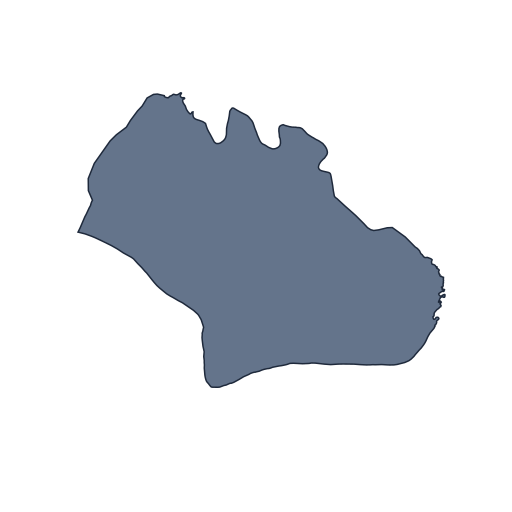 Xonbuly, Savannakhét, Laos, rotated 220°
{"feature_id": "54806243B48815004999342", "entity_name": "Xonbuly", "entity_type": "district", "adm_level": 2, "iso_a3": "LAO", "parent_name": "Laos", "parent_adm1": "Savannakhét", "projection": "albers", "projection_center": [105.481, 16.402], "detail": "fine", "context": "isolated", "style": "filled", "palette": "slate", "viewbox_px": 512, "rotation_deg": 220, "n_neighbors": 0, "source": "geoboundaries", "source_scale": "gbopen_adm2", "svg_char_len": 5963}
<svg xmlns="http://www.w3.org/2000/svg" viewBox="0 0 512 512"><g transform="rotate(220 256 256)"><path d="M74.2,318.7L74.5,320.3L74.7,320.8L74.9,321.2L75.8,322.2L75.9,322.8L75.5,324.4L75.5,325.2L75.6,325.5L75.9,325.8L76.5,326.0L77.2,326.0L77.8,325.6L78.1,325.3L78.5,324.7L78.4,322.7L78.6,322.2L78.8,322.0L79.3,321.8L79.9,322.0L81.3,323.0L81.2,324.5L81.4,324.9L82.6,326.5L82.9,327.3L83.0,328.5L82.9,331.5L82.3,333.2L82.4,334.6L82.2,335.3L81.9,335.9L82.1,336.4L82.3,336.8L82.5,337.1L83.0,337.1L83.4,337.3L83.7,337.4L83.8,337.8L84.1,337.7L84.3,337.7L84.5,339.1L84.4,339.7L84.6,339.8L85.6,340.0L85.7,339.7L85.5,339.2L85.9,338.9L86.1,338.1L86.5,338.0L86.9,338.6L87.1,339.4L87.1,340.0L87.6,340.9L87.7,341.9L88.0,342.4L87.6,343.7L87.5,344.0L86.8,344.6L85.5,345.1L85.1,345.6L85.2,346.1L85.7,347.1L86.2,347.3L86.4,347.8L86.7,347.8L87.1,347.5L87.4,346.9L87.7,346.5L87.7,346.0L88.0,345.5L88.1,344.7L88.4,344.2L89.0,343.8L90.1,343.7L90.5,343.8L91.5,344.2L91.7,344.4L91.7,344.7L91.7,345.2L91.0,347.7L90.9,348.4L90.7,348.6L89.9,349.0L89.4,349.7L89.4,350.0L89.5,350.2L90.3,349.9L90.4,350.0L89.8,350.9L89.8,351.3L90.0,351.4L90.3,350.9L90.6,351.1L91.1,350.9L91.4,350.2L91.7,350.1L91.9,350.1L92.2,350.4L92.5,351.2L93.0,351.0L93.3,351.1L93.8,351.2L93.9,351.4L93.4,351.8L93.3,352.1L93.4,352.4L93.3,352.9L93.4,353.4L93.6,353.7L94.0,354.0L94.2,354.3L94.9,355.1L95.1,355.9L95.4,356.0L95.6,356.4L96.0,356.7L96.5,357.7L97.0,358.1L97.1,358.3L97.7,358.7L98.2,359.7L98.7,360.2L99.6,359.7L101.1,359.6L101.4,359.4L101.3,359.1L101.6,359.0L102.6,359.2L103.1,359.6L103.1,359.9L103.4,360.0L103.8,360.1L104.4,360.0L104.7,360.5L105.8,361.1L106.1,361.4L106.3,361.8L106.3,362.2L106.5,362.8L106.9,363.1L108.7,363.1L109.2,362.8L109.5,362.8L109.9,363.1L110.0,363.8L110.2,364.0L110.5,364.0L110.9,363.8L111.1,363.5L111.3,363.5L112.5,363.9L113.4,363.9L114.8,363.5L115.3,363.1L115.7,363.0L116.0,363.0L116.9,363.5L117.7,364.2L118.0,364.6L118.3,365.6L118.8,366.4L120.3,366.3L121.2,366.0L123.8,365.1L125.3,363.6L125.8,363.3L126.3,363.2L128.5,363.5L129.5,363.8L131.3,363.8L134.1,365.1L137.2,365.5L139.8,365.2L153.9,366.5L169.9,365.4L173.6,362.0L178.9,354.8L182.2,351.2L185.0,349.9L188.8,349.4L194.1,350.1L205.7,351.1L220.5,351.5L230.9,352.0L231.7,351.9L233.1,351.9L234.2,352.1L235.3,352.9L238.8,355.8L242.5,359.2L249.5,365.1L251.1,366.3L252.0,366.8L252.6,366.9L253.6,366.8L254.6,366.4L259.1,364.1L260.9,363.3L262.5,363.0L264.1,363.3L265.0,363.9L265.8,365.0L266.2,365.9L266.7,367.4L267.0,370.1L266.8,373.4L266.5,374.7L266.5,375.5L266.8,378.9L267.2,380.1L267.9,381.3L268.8,382.1L270.2,383.1L271.9,383.9L273.7,384.5L277.2,385.1L282.0,384.6L285.2,383.8L288.0,383.4L289.3,383.1L293.6,382.5L295.0,382.4L296.3,382.5L298.3,382.8L302.3,383.2L304.2,382.8L305.5,382.1L306.6,381.2L308.3,380.2L311.1,378.0L313.5,376.6L317.6,374.7L319.5,374.1L319.9,373.6L320.7,372.3L321.2,370.4L320.4,368.4L318.7,366.3L316.3,364.1L314.5,362.2L312.9,361.4L311.5,360.1L309.7,358.1L308.7,356.0L308.7,354.4L309.0,353.1L309.9,351.2L310.5,350.3L311.8,349.0L312.6,348.5L316.2,347.3L320.3,346.8L322.9,346.1L324.0,346.0L325.4,346.2L327.5,346.9L332.7,349.5L334.6,350.7L339.4,353.3L340.6,354.1L343.9,356.1L345.4,356.7L346.3,357.0L347.7,357.2L350.9,357.8L352.6,357.9L354.5,357.6L360.4,356.2L364.1,355.5L368.1,354.9L369.0,354.4L369.5,353.5L369.3,352.0L369.4,351.3L369.1,350.0L366.5,346.0L364.2,341.9L363.9,341.2L362.9,339.0L360.6,334.9L356.8,330.1L356.0,328.6L355.3,326.9L355.0,325.2L355.1,323.1L355.8,320.1L356.4,318.9L357.0,318.1L358.1,317.1L358.9,316.6L359.7,316.5L361.3,316.5L369.2,319.7L372.2,320.8L374.7,321.9L376.8,323.1L379.9,325.1L381.8,324.9L383.2,324.7L386.8,323.4L388.4,322.7L390.0,322.1L391.2,321.9L392.2,321.9L393.5,322.3L395.2,323.7L396.1,324.9L396.9,325.9L397.4,325.3L397.5,324.9L397.3,323.2L397.6,322.7L398.0,322.5L398.8,322.5L401.0,322.8L401.9,323.1L403.5,323.6L406.5,325.4L409.8,326.4L410.5,326.7L411.7,327.5L412.0,327.8L412.5,328.6L412.6,329.2L412.5,329.5L412.0,330.1L411.9,330.6L412.1,331.0L412.5,331.1L412.9,331.0L414.7,329.5L415.6,329.5L416.4,329.7L417.0,330.1L417.3,330.6L417.7,332.7L417.9,332.9L418.5,332.7L418.9,331.9L419.4,330.0L419.8,329.2L420.5,328.3L421.1,327.8L422.0,327.5L423.2,326.8L423.4,326.3L423.8,324.6L424.7,323.0L424.9,320.9L425.5,320.4L426.7,319.7L427.8,319.4L428.5,319.3L428.9,319.4L429.3,319.9L435.6,316.7L438.4,313.9L441.0,307.1L439.6,297.7L440.0,290.9L439.3,279.0L438.1,271.4L440.9,259.1L441.7,250.4L439.4,223.0L434.3,207.5L426.4,198.3L417.1,193.6L416.9,192.5L416.3,190.6L415.2,188.2L414.7,185.6L412.9,178.9L412.3,176.0L408.9,164.8L408.1,161.6L407.7,159.9L401.1,163.1L394.5,165.5L391.0,166.6L383.4,168.6L373.7,171.0L366.7,172.3L359.6,173.1L350.6,174.9L348.0,175.1L341.7,174.2L336.1,173.7L331.2,172.9L328.8,172.7L320.7,171.0L317.0,170.3L313.0,169.7L309.1,169.5L300.1,169.6L296.0,170.2L293.2,170.8L286.7,171.9L282.3,172.9L268.9,174.2L263.4,174.0L261.8,173.7L257.1,172.0L251.5,168.5L250.3,167.7L249.3,165.7L248.4,164.2L248.0,163.1L247.6,162.2L246.8,161.4L244.9,158.8L243.0,156.9L238.5,152.7L234.2,149.4L231.4,145.4L228.5,142.7L227.1,141.0L225.5,139.4L223.6,136.9L218.7,132.0L217.2,130.7L215.6,129.5L213.8,128.4L212.2,127.9L210.5,127.7L207.9,127.1L206.1,126.9L204.9,127.6L202.5,129.6L201.0,130.8L199.5,132.3L197.4,136.1L195.9,138.0L195.1,139.7L194.1,141.7L193.0,142.8L191.8,145.0L189.6,150.6L187.9,155.6L185.4,160.6L184.7,162.6L183.5,164.6L182.6,165.9L181.9,166.5L181.1,167.7L179.5,169.8L178.3,172.2L177.0,174.3L175.0,176.9L173.7,178.2L172.7,179.7L171.8,181.4L171.0,182.4L167.8,186.4L165.9,188.5L163.2,191.9L162.2,193.4L161.0,195.5L158.4,197.9L151.1,203.4L146.4,207.7L144.7,209.7L141.7,212.1L134.3,217.0L129.0,220.8L123.7,225.9L119.8,229.3L111.5,236.1L106.2,239.9L101.6,243.4L98.8,245.8L96.6,247.9L94.9,249.2L90.0,253.6L85.7,256.8L83.6,258.4L80.3,261.3L78.2,263.6L73.6,270.0L71.6,274.0L70.9,276.7L70.5,280.7L70.6,282.8L70.5,288.9L70.3,291.7L70.5,295.5L70.7,297.4L71.2,300.0L72.5,304.6L73.2,308.7L73.2,314.9L73.7,317.1L74.0,317.1L74.5,318.2L74.2,318.7Z" fill="#64748b" stroke="#1e293b" stroke-width="1.5"/></g></svg>